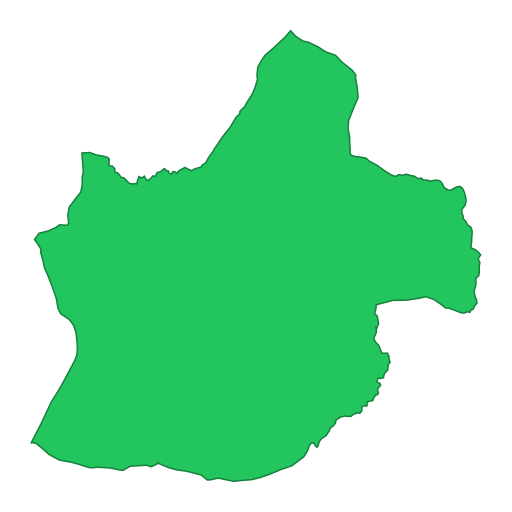 outline of Iringa Urban, Iringa, United Republic of Tanzania, rotated 180°
{"feature_id": "72390352B98765493528957", "entity_name": "Iringa Urban", "entity_type": "district", "adm_level": 2, "iso_a3": "TZA", "parent_name": "United Republic of Tanzania", "parent_adm1": "Iringa", "projection": "robinson", "projection_center": [35.688, -7.748], "detail": "fine", "context": "isolated", "style": "filled", "palette": "green", "viewbox_px": 512, "rotation_deg": 180, "n_neighbors": 0, "source": "geoboundaries", "source_scale": "gbopen_adm2", "svg_char_len": 5072}
<svg xmlns="http://www.w3.org/2000/svg" viewBox="0 0 512 512"><g transform="rotate(180 256 256)"><path d="M430.0,357.8L430.0,357.7L428.7,340.2L429.8,335.1L429.7,327.4L431.2,319.9L436.9,312.8L442.8,304.8L444.2,296.6L443.3,289.2L444.8,286.7L452.3,287.2L452.5,287.2L456.1,284.5L463.7,281.1L467.1,280.2L472.9,278.8L477.3,272.8L477.5,272.5L474.9,268.9L471.1,262.9L471.3,259.5L469.1,251.6L467.5,244.1L464.3,236.9L459.6,224.9L455.7,213.6L454.1,204.2L451.5,198.4L442.9,192.6L441.8,191.5L438.2,186.3L436.0,179.3L435.0,171.0L434.6,163.0L435.2,156.7L437.6,150.8L447.4,132.4L453.7,121.2L460.8,109.9L463.1,105.0L470.3,89.6L477.7,75.2L479.1,72.5L480.6,69.5L480.7,69.1L479.7,69.3L478.6,69.2L476.0,68.7L474.7,67.6L469.1,63.0L463.0,57.5L456.3,53.9L452.4,51.9L441.2,49.8L440.6,49.7L432.1,47.4L422.5,44.3L418.7,44.3L414.1,44.8L402.3,44.0L389.1,41.5L381.8,45.8L380.3,45.9L374.8,46.2L370.9,46.5L365.4,46.8L360.9,45.2L358.1,46.5L354.0,48.6L354.0,48.8L353.8,48.7L353.7,48.8L353.7,48.6L352.6,48.2L343.7,44.5L335.6,42.2L326.2,40.9L310.7,37.0L304.9,32.1L304.0,32.1L302.3,32.0L293.8,33.9L285.1,32.1L278.2,30.7L269.4,31.6L260.6,32.3L252.4,34.3L251.6,34.5L249.4,35.3L243.0,37.5L233.6,41.4L231.6,42.3L226.9,43.9L221.4,45.8L220.3,46.1L219.6,46.6L213.2,51.4L208.2,55.2L204.5,61.3L202.7,66.1L201.8,67.7L200.0,69.3L198.0,68.5L196.4,66.0L195.0,64.7L193.9,66.1L192.8,70.4L192.3,70.9L192.2,71.2L191.1,72.6L190.3,73.6L186.1,76.1L182.8,80.9L181.9,83.8L178.6,86.2L176.4,89.3L176.1,91.9L171.6,94.9L167.4,95.9L165.8,95.8L163.6,95.6L160.8,95.7L159.3,97.2L157.7,98.0L155.7,98.6L154.5,99.4L152.6,98.7L151.7,99.2L150.3,101.0L150.1,102.9L150.1,104.8L148.7,106.0L147.2,106.4L145.8,105.8L144.9,106.3L144.9,107.6L145.1,108.9L144.4,110.3L142.9,110.5L141.4,111.1L140.2,111.4L139.4,111.3L138.6,112.6L138.6,113.9L137.4,115.1L136.9,116.0L136.3,117.2L134.5,117.2L133.6,119.1L134.1,120.8L134.3,122.4L134.3,123.5L133.1,124.8L131.6,126.3L131.5,127.7L132.3,128.7L133.4,129.2L134.7,129.9L135.1,131.5L133.5,133.8L131.2,133.5L128.5,134.3L128.2,136.6L127.3,138.7L127.1,138.9L126.1,140.2L124.3,141.7L124.1,144.5L123.5,148.0L121.9,149.6L122.3,151.1L123.1,154.0L123.0,155.8L123.9,157.0L124.3,158.8L130.1,158.8L132.8,165.3L133.3,166.6L136.7,170.2L138.2,173.7L135.6,179.7L135.7,182.1L136.2,184.3L135.3,183.6L133.4,188.5L134.1,192.1L134.1,192.5L134.7,195.7L137.3,198.6L136.0,203.7L135.9,207.1L132.2,208.2L119.3,211.6L105.6,211.8L92.2,213.9L85.9,215.3L77.6,212.2L71.8,208.2L66.6,204.1L62.8,203.7L54.6,200.7L51.5,199.4L48.0,198.9L44.8,200.2L42.1,199.7L42.0,199.9L40.7,202.4L39.7,202.5L39.2,202.6L38.9,202.6L38.3,204.0L36.9,206.9L35.1,208.6L35.3,211.8L36.7,214.7L37.3,217.7L37.9,220.5L37.1,223.8L36.3,226.3L36.1,229.7L36.1,233.7L33.3,236.2L32.7,239.5L32.8,242.8L32.8,244.6L32.8,244.8L32.8,245.3L32.1,249.2L33.7,253.1L33.8,253.3L33.7,253.5L31.3,257.1L34.1,260.3L37.3,262.6L40.9,264.2L41.0,264.3L41.0,264.5L40.9,267.2L40.3,270.6L40.3,274.0L39.9,277.6L39.9,281.5L41.3,285.1L43.5,286.4L44.6,287.2L46.2,290.6L49.0,293.5L48.8,295.8L50.3,299.5L50.2,300.7L50.2,302.0L50.5,302.2L46.8,306.9L45.9,310.8L46.0,311.3L46.1,312.5L46.2,314.1L47.4,318.8L48.6,321.9L49.9,324.1L52.1,325.6L54.9,325.2L58.9,323.3L60.9,321.9L63.5,321.8L65.6,323.0L67.1,323.9L67.6,324.2L68.5,325.9L69.4,327.5L69.8,328.3L71.4,330.6L74.5,331.9L78.3,331.6L81.7,330.9L84.9,331.9L85.3,331.9L88.6,331.9L90.6,333.9L94.1,333.4L97.5,335.8L101.5,336.5L105.8,337.8L109.1,336.7L113.2,337.4L116.4,335.5L120.0,336.8L120.4,337.0L125.8,340.2L126.8,340.8L134.7,346.6L142.7,350.8L144.1,352.1L146.0,353.9L152.3,355.0L157.0,355.5L160.1,356.5L161.7,358.0L162.0,358.3L161.8,362.4L162.3,369.0L162.4,375.0L163.0,378.6L164.0,383.7L163.7,387.1L163.7,387.4L163.4,391.4L158.5,403.8L153.9,414.5L154.8,424.6L156.5,434.2L156.6,434.5L156.1,436.9L159.7,441.7L169.9,449.8L176.4,456.6L185.8,460.0L190.3,462.7L193.6,465.0L204.1,470.0L208.9,470.9L216.1,475.5L218.8,478.4L220.0,479.7L221.5,481.3L225.8,476.0L232.1,470.0L238.8,463.8L246.9,456.8L250.3,451.9L254.2,444.9L254.6,440.8L254.7,440.5L254.7,440.2L254.8,439.4L255.0,436.9L254.6,432.4L257.0,424.4L259.9,417.6L262.6,413.4L264.9,410.0L267.2,405.5L267.5,404.9L268.8,404.0L272.1,400.6L272.2,398.3L275.9,394.7L279.3,389.1L282.1,384.4L289.7,374.9L291.6,371.9L297.8,362.8L299.1,360.4L299.7,359.6L300.7,358.2L300.9,358.1L301.0,357.9L301.3,357.4L301.5,357.1L303.3,354.7L304.8,351.9L305.8,349.9L307.4,348.3L309.6,347.2L310.8,345.0L315.1,343.8L317.5,343.0L320.6,341.3L327.2,344.5L333.1,341.2L335.3,338.8L336.6,340.0L338.3,340.4L339.5,340.1L339.9,338.2L341.4,337.9L343.2,339.4L343.8,341.1L345.0,341.3L346.4,341.9L347.2,343.3L348.5,342.9L351.0,340.5L354.8,339.5L356.9,335.6L359.1,336.1L361.6,333.2L363.5,332.0L364.4,331.5L365.2,332.2L366.1,332.9L367.6,335.8L369.9,334.1L372.1,334.9L373.1,335.3L373.1,335.2L374.2,332.1L375.4,328.0L377.8,328.5L378.0,328.4L379.2,328.1L379.9,328.0L383.1,328.9L383.4,329.2L383.8,329.7L385.5,331.6L388.4,334.4L390.6,334.4L392.9,337.5L394.6,339.2L397.2,339.9L397.2,343.3L399.6,345.9L402.8,346.1L403.0,348.5L402.8,352.9L404.3,354.6L408.2,355.7L415.8,357.1L422.2,359.5L430.1,359.0L430.0,357.8Z" fill="#22c55e" stroke="#15803d" stroke-width="1.5"/></g></svg>